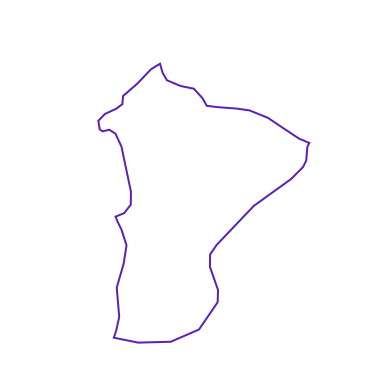 map outline of Pehčevo (Natural Earth projection), rotated 68°
{"feature_id": "MKD-3007", "entity_name": "Pehčevo", "entity_type": "Statistical Region", "adm_level": 1, "iso_a3": "MKD", "parent_name": "North Macedonia", "parent_adm1": "", "projection": "natural_earth1", "projection_center": [22.871, 41.774], "detail": "fine", "context": "isolated", "style": "outline", "palette": "violet", "viewbox_px": 384, "rotation_deg": 68, "n_neighbors": 0, "source": "natural_earth", "source_scale": "10m", "svg_char_len": 813}
<svg xmlns="http://www.w3.org/2000/svg" viewBox="0 0 384 384"><g transform="rotate(68 192 192)"><path d="M190.4,64.9L193.5,68.2L205.6,74.3L210.4,79.6L217.0,95.0L228.0,139.8L250.3,189.0L256.7,198.6L268.1,203.4L292.7,204.6L303.8,209.5L322.1,237.0L322.9,267.8L311.5,298.3L297.8,319.1L297.4,318.7L292.4,314.4L280.6,306.3L266.7,302.0L252.5,297.6L232.7,282.1L216.9,272.7L200.6,271.5L191.7,272.1L186.2,272.1L186.2,262.8L180.8,253.5L168.9,248.5L123.5,240.4L109.2,241.1L103.3,245.4L102.3,252.2L99.3,254.1L90.9,252.2L87.0,243.5L86.4,231.1L84.5,223.7L77.1,219.9L71.2,202.5L62.8,183.9L61.1,173.6L70.7,174.6L79.0,173.4L89.5,162.8L96.9,151.6L108.7,147.2L117.6,146.0L123.1,136.1L131.4,119.3L137.9,108.1L151.6,93.9L170.0,81.4L182.7,72.7L187.0,68.3L190.3,65.1L190.4,64.9Z" fill="none" stroke="#5b21b6" stroke-width="2"/></g></svg>